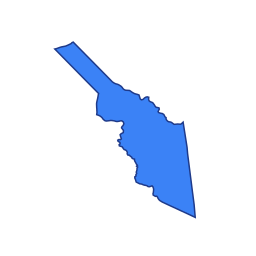 outline of Santo Antônio do Tauá, Pará, Brazil, rotated 30°
{"feature_id": "56859067B37028774968371", "entity_name": "Santo Antônio do Tauá", "entity_type": "district", "adm_level": 2, "iso_a3": "BRA", "parent_name": "Brazil", "parent_adm1": "Pará", "projection": "mercator", "projection_center": [-48.203, -1.096], "detail": "fine", "context": "isolated", "style": "filled", "palette": "blue", "viewbox_px": 256, "rotation_deg": 30, "n_neighbors": 0, "source": "geoboundaries", "source_scale": "gbopen_adm2", "svg_char_len": 2311}
<svg xmlns="http://www.w3.org/2000/svg" viewBox="0 0 256 256"><g transform="rotate(30 128 128)"><path d="M94.2,132.1L96.4,131.7L97.8,131.6L99.4,131.8L100.6,132.1L101.7,132.7L103.4,133.1L104.6,133.2L105.9,132.7L108.3,130.9L109.4,130.0L111.0,129.3L112.5,128.7L114.3,128.3L115.4,127.8L116.8,126.7L117.9,125.6L119.0,124.9L120.9,125.1L122.3,126.4L122.5,128.4L122.1,129.7L122.3,131.1L125.3,132.4L126.2,134.3L124.9,136.4L124.5,137.7L125.4,138.7L126.7,139.8L127.7,140.7L127.2,141.9L125.8,142.6L125.2,143.7L126.1,144.5L128.2,144.5L129.1,145.7L128.6,146.8L129.4,147.8L131.0,147.5L132.5,147.2L133.9,148.0L135.4,148.6L136.9,148.3L138.2,148.5L139.6,149.4L140.2,150.8L141.4,151.5L142.8,150.9L144.2,151.3L145.7,151.4L146.8,152.2L148.0,152.1L149.2,151.7L150.0,153.0L152.0,154.2L153.4,155.1L154.8,155.6L154.5,156.8L155.9,157.0L155.9,158.3L156.6,159.5L157.0,160.9L157.2,162.1L158.2,162.9L158.2,164.5L158.9,165.6L158.3,166.9L159.0,168.0L160.1,168.8L162.1,170.7L166.0,170.5L168.0,169.7L169.5,169.6L170.8,169.3L172.1,168.8L173.5,168.5L174.7,168.7L176.0,168.1L177.0,167.0L177.7,166.1L179.0,166.5L180.2,167.5L181.0,168.5L182.2,171.2L182.5,172.4L183.4,173.5L184.6,173.5L185.9,173.5L187.0,172.7L188.1,173.1L189.2,173.9L190.6,174.6L191.9,174.9L194.7,175.0L203.9,174.2L213.7,173.3L215.0,173.2L230.9,171.8L223.5,161.2L218.6,154.8L217.7,153.6L216.3,151.8L210.0,143.5L192.5,120.5L188.8,115.2L172.8,95.4L172.3,97.1L171.7,98.4L168.9,99.8L167.4,100.9L166.0,101.8L162.8,101.4L161.4,101.7L160.3,102.2L159.0,102.3L157.4,101.8L156.4,101.1L155.8,100.0L154.3,99.8L153.4,99.1L152.3,98.4L150.5,98.3L148.9,98.9L147.1,99.3L145.9,98.9L145.7,97.4L145.7,96.1L144.8,95.1L143.3,95.5L142.1,96.0L140.6,95.6L139.3,94.8L136.7,93.7L134.0,94.1L132.7,93.9L131.5,92.9L130.6,91.0L129.1,91.4L128.1,92.3L127.3,93.7L126.7,95.8L125.5,96.9L124.0,96.7L123.1,95.8L121.0,93.9L119.3,94.2L117.2,94.8L116.0,95.0L113.6,95.0L110.7,94.7L109.6,95.2L108.4,95.8L107.0,96.5L105.5,96.7L103.9,96.4L102.8,95.8L101.1,95.3L98.6,95.2L97.3,95.3L95.5,95.8L94.1,96.0L91.5,95.9L89.4,95.3L37.6,81.0L36.8,82.1L36.5,83.4L34.8,85.9L33.0,88.3L30.0,90.9L28.9,92.0L26.4,95.0L25.1,96.2L69.2,108.4L85.3,112.8L85.6,114.0L86.1,115.2L87.0,117.8L87.4,119.2L87.9,120.8L88.4,122.2L89.0,123.3L90.7,126.0L91.5,127.1L92.4,128.6L93.3,129.9L94.2,132.1Z" fill="#3b82f6" stroke="#1e3a8a" stroke-width="1.5"/></g></svg>